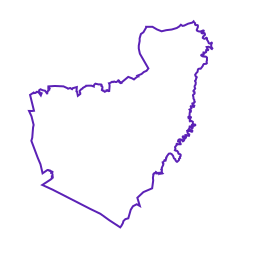 outline of Ayutla de los Libres, Guerrero, Mexico, rotated 80°
{"feature_id": "50627088B87569802470546", "entity_name": "Ayutla de los Libres", "entity_type": "district", "adm_level": 2, "iso_a3": "MEX", "parent_name": "Mexico", "parent_adm1": "Guerrero", "projection": "orthographic", "projection_center": [-99.08, 16.972], "detail": "fine", "context": "isolated", "style": "outline", "palette": "violet", "viewbox_px": 256, "rotation_deg": 80, "n_neighbors": 0, "source": "geoboundaries", "source_scale": "gbopen_adm2", "svg_char_len": 5627}
<svg xmlns="http://www.w3.org/2000/svg" viewBox="0 0 256 256"><g transform="rotate(80 128 128)"><path d="M34.4,44.9L35.4,46.4L35.7,50.6L36.9,54.9L36.9,56.6L35.5,58.0L36.9,59.9L38.0,62.6L38.6,67.8L38.3,73.4L38.6,78.1L36.0,82.3L32.6,86.3L31.5,92.5L32.0,92.5L36.4,96.2L37.7,99.0L41.8,101.0L44.3,101.4L48.8,103.1L51.6,103.6L56.9,103.4L72.9,97.6L74.9,99.8L75.6,102.7L77.2,105.3L78.1,109.7L79.0,109.1L79.0,109.5L79.8,111.3L81.2,113.7L79.8,115.4L77.7,118.9L81.8,126.1L82.4,126.3L82.6,127.2L82.5,127.5L81.7,127.4L81.3,127.7L81.2,127.9L81.6,128.3L81.4,128.6L80.8,128.8L79.9,128.6L79.4,129.0L79.5,129.5L80.0,129.7L80.7,131.5L80.4,132.7L79.8,133.6L80.2,134.8L79.7,135.6L80.7,138.2L80.7,138.9L81.4,138.7L83.3,138.8L89.1,140.3L88.5,140.4L88.1,141.2L87.1,141.8L87.1,142.6L87.7,142.7L88.3,144.6L87.6,145.3L86.9,145.5L86.8,146.5L86.1,146.7L86.0,147.1L85.2,146.9L84.2,146.2L83.5,146.1L83.0,146.1L82.0,146.9L81.6,146.5L81.1,146.5L80.6,146.7L80.1,148.3L80.1,149.1L78.7,152.4L79.3,153.4L80.4,154.4L81.2,154.5L79.9,156.8L79.1,161.9L79.5,162.2L80.7,165.6L81.3,166.0L81.7,167.3L83.1,169.2L84.0,169.3L85.3,168.9L86.2,169.1L87.6,171.8L83.4,171.9L83.0,172.4L78.8,171.3L79.2,175.5L80.1,176.3L80.0,176.5L78.7,177.8L78.6,178.4L78.9,180.2L78.3,180.7L75.8,184.3L73.9,192.8L73.2,199.2L74.7,199.5L74.8,198.7L75.4,198.3L75.8,198.7L76.6,198.8L76.8,199.2L76.9,200.0L77.5,200.0L77.8,200.5L78.2,201.0L79.9,201.5L79.9,201.8L76.9,203.2L76.0,205.5L74.7,207.4L75.2,208.7L75.6,209.0L76.2,209.1L76.9,209.1L77.7,208.7L78.8,207.0L80.8,208.2L78.2,209.4L77.5,209.9L76.5,211.3L76.5,211.7L77.4,212.9L77.3,214.8L76.8,214.9L78.4,218.7L94.7,217.6L94.6,219.5L94.0,222.5L99.8,221.0L108.6,220.4L111.0,221.4L121.0,224.0L123.8,225.4L141.5,222.1L148.5,220.5L157.8,220.0L155.4,214.7L155.5,213.9L156.5,212.8L156.2,212.4L156.3,212.2L156.9,211.6L157.2,211.5L157.5,211.2L158.6,211.4L158.5,211.0L157.8,210.4L158.1,210.0L159.5,210.6L161.1,210.4L161.6,210.6L162.1,210.6L162.0,211.1L162.2,211.4L162.4,211.4L162.7,210.7L163.7,210.7L163.7,211.6L164.5,211.7L164.7,212.3L165.1,212.7L169.2,222.3L175.6,213.0L201.0,179.4L207.8,170.0L215.6,162.4L224.5,152.9L223.2,151.5L220.7,149.5L218.9,148.7L217.3,146.4L217.0,143.4L209.0,139.5L205.9,136.7L204.6,132.6L206.8,129.9L198.3,130.9L193.8,124.0L191.6,114.7L184.1,112.3L181.3,112.1L179.1,111.3L178.1,111.2L177.3,110.5L177.2,110.1L177.4,109.7L176.9,109.4L176.8,108.7L176.2,108.2L176.7,107.7L177.5,107.7L177.8,107.5L177.8,106.9L177.6,106.4L178.0,106.0L177.7,105.5L178.2,105.4L177.8,105.0L177.9,104.5L178.3,104.6L178.6,104.4L178.5,104.2L178.6,103.9L178.3,103.5L178.8,102.7L178.7,101.9L178.1,102.3L177.4,102.2L177.0,102.7L175.6,102.0L174.6,102.4L174.5,102.2L174.6,101.8L173.0,101.6L170.6,99.8L169.8,99.5L169.5,99.7L168.3,99.8L168.4,99.5L167.8,99.6L166.7,98.0L166.0,97.6L166.1,97.1L166.4,96.9L166.2,96.7L166.3,96.5L165.4,96.2L165.0,95.8L164.8,95.9L163.7,95.6L163.5,95.4L163.5,95.1L162.5,94.5L160.4,92.3L160.4,90.8L161.2,89.6L163.1,88.5L165.9,88.0L166.9,86.9L168.2,86.8L169.7,85.9L169.8,85.4L168.6,83.6L168.1,83.2L167.1,83.1L166.6,81.9L165.5,82.0L165.2,81.7L164.7,81.0L163.4,80.8L162.8,81.3L162.6,82.0L162.1,82.7L161.4,82.9L160.6,82.7L159.9,83.3L159.3,83.4L159.0,83.7L158.5,85.2L158.0,85.7L156.8,84.9L155.0,85.0L154.7,84.8L153.2,82.9L152.9,82.8L152.3,83.0L152.0,82.7L152.1,82.1L152.6,81.6L152.8,81.0L153.1,79.4L153.1,79.0L152.3,78.9L151.1,79.7L150.8,79.3L150.3,79.2L150.2,80.4L149.8,81.0L148.9,80.7L148.3,80.1L148.1,79.1L148.5,77.8L149.2,77.1L150.6,76.4L150.6,76.0L150.1,75.1L149.0,74.4L148.2,75.3L147.6,74.7L147.0,75.0L146.6,75.6L146.2,75.7L145.8,75.4L145.8,74.9L146.1,74.4L146.6,73.9L147.6,73.6L147.8,73.0L147.5,72.6L146.7,72.4L145.3,72.8L144.9,72.7L145.1,71.6L146.0,70.4L146.2,69.2L145.0,68.8L143.4,70.1L141.1,70.2L141.1,69.7L141.5,69.1L141.5,68.2L142.8,65.8L142.7,65.4L141.8,65.1L141.4,65.3L140.3,68.4L140.0,68.7L139.0,67.6L137.2,67.0L137.2,66.6L137.9,65.8L138.9,65.6L139.2,65.3L139.3,64.7L139.1,64.3L138.2,64.0L137.7,64.1L136.8,64.8L136.0,64.5L135.9,63.9L136.8,63.1L137.3,62.4L137.0,61.3L136.5,61.2L136.3,61.3L135.9,62.6L134.9,63.4L133.1,63.1L131.8,64.7L132.2,65.8L131.8,66.0L129.2,65.2L128.7,64.2L128.2,64.2L127.8,65.0L128.4,65.7L128.7,66.6L127.7,66.7L126.7,65.2L124.9,64.9L122.9,64.3L122.8,64.1L123.0,63.5L122.4,63.1L122.1,63.0L121.2,63.9L120.5,64.2L120.2,63.0L119.7,62.2L117.6,62.5L117.4,62.2L118.1,61.3L118.7,59.5L118.5,59.3L117.4,58.8L117.2,59.0L117.0,59.8L116.7,60.2L115.2,60.5L114.9,60.3L115.0,59.3L114.9,58.9L113.9,57.7L113.2,58.1L112.0,57.8L110.4,58.4L108.8,58.2L107.3,58.4L106.5,58.0L105.9,56.7L105.5,56.4L104.3,56.2L103.7,57.0L102.9,57.2L100.8,55.0L99.1,55.3L98.3,55.1L96.9,53.9L95.1,53.4L94.4,53.4L93.7,53.8L93.2,53.8L92.5,52.9L91.3,52.4L90.0,51.5L89.5,51.6L89.1,52.3L87.7,52.6L87.2,52.6L85.5,50.9L85.0,50.0L83.9,49.4L83.0,49.2L82.1,48.5L81.9,47.5L82.2,46.7L82.2,46.1L80.0,43.7L79.0,43.1L78.2,42.3L78.3,39.7L77.9,39.1L76.2,39.1L75.1,38.5L72.3,38.0L71.2,39.0L71.0,40.3L70.4,42.1L69.6,43.0L69.2,43.3L68.9,43.2L68.5,42.3L68.9,41.4L68.8,40.7L68.0,40.4L67.2,40.7L66.7,40.6L66.7,40.1L67.3,39.2L66.9,38.0L66.6,37.8L65.7,37.8L64.8,37.4L65.3,35.9L65.2,35.6L64.7,35.4L63.5,36.2L61.9,36.5L62.0,34.4L62.7,33.7L63.0,32.8L64.6,32.0L64.8,31.7L64.2,31.1L62.6,31.9L60.3,31.6L58.9,30.6L58.5,30.8L59.0,32.4L59.0,33.0L58.6,33.6L58.3,33.8L56.8,34.0L55.0,34.8L54.4,34.8L53.4,34.6L52.9,34.9L52.7,35.2L53.5,36.9L53.2,37.7L52.3,38.7L51.7,38.6L50.9,38.0L49.7,36.1L49.0,35.9L47.9,36.2L47.8,38.2L47.4,39.0L46.7,39.1L46.1,38.3L45.9,36.8L45.4,36.5L45.1,36.7L45.0,37.1L45.5,39.7L45.4,40.9L44.9,42.1L44.0,43.2L43.4,43.3L40.6,41.6L39.2,41.4L38.8,41.6L38.6,42.1L38.5,43.3L38.1,43.8L37.6,44.0L36.5,43.7L35.1,44.7L34.4,44.9Z" fill="none" stroke="#5b21b6" stroke-width="2"/></g></svg>